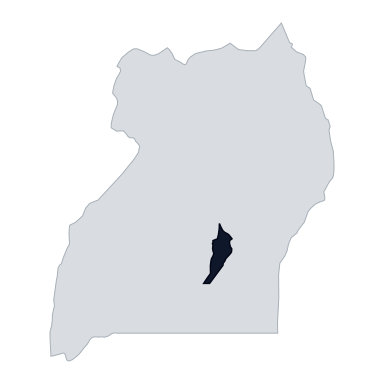 Mukono highlighted on a map of Uganda
{"feature_id": "UGA-3075", "entity_name": "Mukono", "entity_type": "District", "adm_level": 1, "iso_a3": "UGA", "parent_name": "Uganda", "parent_adm1": "", "projection": "robinson", "projection_center": [32.781, 0.341], "detail": "fine", "context": "in_parent", "style": "filled", "palette": "ink", "viewbox_px": 384, "rotation_deg": 0, "n_neighbors": 0, "source": "natural_earth", "source_scale": "10m", "svg_char_len": 2715}
<svg xmlns="http://www.w3.org/2000/svg" viewBox="0 0 384 384"><path d="M277.7,333.2L271.9,333.2L262.6,333.2L253.3,333.2L244.0,333.2L234.6,333.2L225.3,333.2L216.0,333.2L206.7,333.2L197.4,333.2L188.0,333.2L178.7,333.2L169.4,333.2L160.1,333.2L150.7,333.2L141.4,333.2L132.1,333.2L122.8,333.2L117.3,333.2L116.2,333.0L115.4,332.8L111.9,333.5L108.2,336.1L104.4,337.2L100.2,336.8L99.7,337.0L97.6,337.0L94.6,336.8L91.9,337.5L89.8,339.8L87.6,343.7L83.8,348.1L80.8,352.1L78.3,354.9L72.5,359.6L69.3,361.0L67.7,360.7L66.8,359.9L64.9,353.9L63.8,353.0L52.5,356.0L50.8,356.1L50.9,354.2L50.1,340.3L50.0,331.7L51.5,326.3L52.3,320.2L52.4,314.7L54.5,305.5L53.7,299.9L56.4,280.4L57.1,277.2L58.1,267.8L59.8,264.9L61.3,263.8L63.2,258.0L66.9,248.8L69.5,244.0L69.0,233.6L69.4,226.6L70.0,225.0L75.4,222.4L82.6,215.9L85.6,208.2L89.8,203.3L98.0,200.1L122.4,173.7L133.8,159.5L138.7,152.2L138.9,149.6L139.8,146.2L137.8,143.5L135.5,141.1L134.7,138.9L132.7,137.7L129.7,137.8L127.8,136.2L125.6,133.0L123.4,130.9L116.5,131.1L111.2,127.8L111.3,123.4L113.4,114.6L117.4,104.6L117.6,101.8L117.1,99.5L116.1,97.4L114.3,95.4L112.6,93.0L113.9,85.8L116.4,78.7L118.5,75.2L120.6,71.2L120.0,68.0L117.0,66.4L118.6,63.2L121.8,57.8L128.0,52.4L133.5,48.9L137.1,48.8L144.2,51.7L150.6,55.1L154.1,55.3L158.4,53.8L167.3,47.8L169.4,49.7L172.0,53.4L174.8,59.4L180.4,62.2L183.1,64.1L185.0,64.6L186.1,64.1L188.2,59.4L190.7,56.8L195.5,53.6L205.9,51.0L213.4,50.2L216.5,49.6L221.8,48.1L230.1,43.2L238.4,49.5L247.3,50.7L255.9,50.7L258.6,48.8L260.1,47.3L269.1,37.0L281.4,23.0L289.6,42.7L292.4,43.9L292.0,45.6L291.3,47.2L296.7,52.0L303.3,54.4L305.6,56.9L305.8,59.5L303.6,71.0L304.0,74.3L306.2,85.8L310.1,88.4L313.6,100.0L320.6,104.9L321.6,106.3L323.3,111.9L325.4,118.1L327.1,119.5L328.1,119.9L330.2,126.4L329.0,130.1L330.6,141.2L333.3,151.2L334.0,163.1L334.0,168.3L333.9,171.5L333.3,176.1L332.1,178.7L329.8,181.2L327.4,185.2L325.2,189.5L323.8,191.6L324.9,198.1L324.6,199.8L324.0,200.6L320.8,201.6L316.8,203.3L314.3,205.0L310.8,208.2L308.0,211.8L304.3,222.2L298.1,230.2L297.0,232.9L291.2,237.7L288.6,243.7L287.0,251.0L284.7,256.2L279.8,263.3L278.6,274.7L278.8,297.3L277.5,323.1L277.7,333.2Z" fill="#d9dde1" stroke="#a8b0b8" stroke-width="1"/><path d="M219.4,223.5L221.0,227.2L222.9,230.7L224.9,232.5L227.7,233.9L229.3,235.3L232.0,238.8L229.7,240.5L229.5,243.4L230.4,246.7L231.8,249.0L231.4,252.3L229.1,255.1L226.0,258.4L224.6,261.4L223.1,263.3L223.0,265.3L218.4,271.5L209.6,283.4L203.7,283.4L205.2,281.0L207.6,277.5L210.5,273.5L210.4,265.7L211.0,260.9L211.6,258.4L212.7,256.6L213.8,253.8L212.9,250.3L212.6,248.4L212.8,246.4L213.1,245.0L212.4,243.8L213.0,242.3L213.0,240.6L217.4,238.8L218.4,234.8L219.2,229.0L219.4,223.5Z" fill="#0f172a" stroke="#020617" stroke-width="1.5"/></svg>